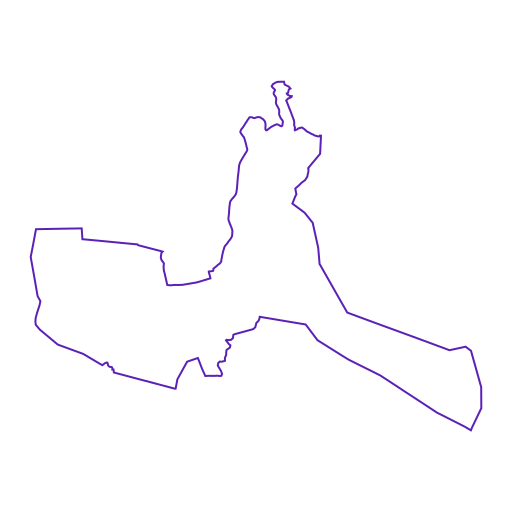 Al Mashannah, Ibb, Yemen (Mercator projection)
{"feature_id": "15242507B63315911635783", "entity_name": "Al Mashannah", "entity_type": "district", "adm_level": 2, "iso_a3": "YEM", "parent_name": "Yemen", "parent_adm1": "Ibb", "projection": "mercator", "projection_center": [44.185, 13.954], "detail": "fine", "context": "isolated", "style": "outline", "palette": "violet", "viewbox_px": 512, "rotation_deg": 0, "n_neighbors": 0, "source": "geoboundaries", "source_scale": "gbopen_adm2", "svg_char_len": 5784}
<svg xmlns="http://www.w3.org/2000/svg" viewBox="0 0 512 512"><path d="M37.6,296.1L40.4,301.2L39.5,305.4L37.0,313.1L35.6,318.3L35.4,321.9L35.8,324.8L39.8,329.6L57.8,344.6L83.2,353.9L99.9,363.8L102.4,365.2L104.4,363.6L105.3,363.0L107.0,362.5L107.4,362.7L107.6,363.1L107.7,363.6L107.8,364.1L108.1,365.3L108.4,365.8L109.4,366.7L110.0,366.9L111.3,367.0L111.9,367.2L112.4,368.2L112.3,369.5L113.5,369.5L113.9,372.5L130.8,377.0L174.9,388.7L175.6,388.7L177.4,379.3L187.1,361.7L197.9,358.0L202.0,368.6L205.3,376.0L208.6,375.8L214.1,375.9L217.3,375.7L219.7,376.0L221.3,375.8L222.1,374.0L221.0,371.0L217.8,365.6L218.2,363.0L219.7,361.6L221.9,361.7L225.0,360.8L224.9,357.8L226.2,354.9L226.2,352.1L226.6,349.9L229.9,347.6L230.4,345.3L228.6,343.8L227.3,342.0L226.0,340.3L226.5,339.8L228.8,340.1L231.0,339.8L232.9,338.2L233.4,334.7L235.4,334.0L243.1,331.9L253.3,329.1L255.3,327.2L256.4,322.9L258.4,321.0L259.4,318.8L259.7,316.8L305.7,324.5L317.5,340.2L343.0,356.2L348.9,359.8L377.2,373.9L380.2,375.4L393.2,383.9L399.3,387.9L404.9,391.6L420.2,401.6L437.1,412.7L464.6,426.6L470.9,430.3L471.9,427.8L481.3,408.2L481.2,387.2L471.0,350.8L465.6,346.7L449.5,350.2L426.3,341.6L399.6,331.8L380.1,324.7L347.3,312.6L342.7,304.6L320.3,265.2L319.6,264.1L318.2,247.8L312.7,222.8L304.6,212.7L292.4,203.6L295.3,196.3L296.4,194.4L295.3,188.6L296.3,187.6L298.6,185.7L301.5,182.8L302.3,182.2L305.1,180.1L305.8,179.0L307.2,176.9L307.5,175.8L307.8,173.8L308.2,172.8L308.4,171.0L308.5,169.0L308.1,168.2L313.5,161.7L320.1,153.8L321.0,135.7L320.7,135.7L320.1,135.6L319.8,135.6L319.6,135.8L319.5,136.2L319.3,136.3L318.7,136.5L317.8,136.4L317.2,136.2L316.4,135.9L315.8,135.8L315.1,135.6L314.4,135.4L314.0,135.1L313.5,134.8L312.9,134.4L312.2,134.2L311.4,133.9L310.9,133.6L309.8,132.9L308.0,132.0L307.3,131.7L306.6,131.2L305.9,130.6L305.6,130.3L305.2,129.8L304.7,129.5L304.4,129.2L304.1,129.0L303.7,128.7L303.0,128.2L302.6,127.8L302.4,127.7L302.1,127.6L301.7,127.6L301.4,127.6L301.0,127.6L300.8,127.7L300.5,127.9L300.0,128.0L299.7,128.1L299.3,128.1L298.9,128.2L298.4,128.4L298.1,128.6L297.8,128.8L297.6,129.1L297.4,129.3L297.2,129.4L296.7,129.6L296.3,129.7L295.7,129.9L295.2,130.2L294.9,130.3L294.7,129.7L295.0,127.6L294.4,126.0L294.1,124.9L294.1,124.2L294.3,123.4L294.3,123.1L294.2,122.4L294.0,120.9L293.8,119.8L293.5,119.4L293.1,118.1L291.8,114.7L290.7,111.6L289.6,109.0L287.4,103.3L286.2,100.4L288.4,98.3L289.2,98.2L290.2,97.7L291.3,97.1L291.7,96.6L291.8,96.1L291.0,96.1L289.8,96.0L289.5,95.7L287.5,94.7L287.1,94.1L286.8,93.5L287.8,93.2L288.4,91.4L288.6,90.2L289.1,89.2L290.4,88.6L288.9,86.7L284.9,84.7L284.6,84.5L284.0,81.7L278.0,81.8L275.9,82.4L272.9,84.2L271.7,86.3L272.4,87.3L273.4,88.3L274.1,88.8L274.6,89.4L275.0,89.9L275.0,90.3L274.8,90.8L274.4,91.4L274.0,92.0L273.8,92.4L273.7,92.9L273.7,93.5L273.8,94.1L274.0,94.6L274.7,95.5L275.0,96.0L275.6,96.8L275.9,97.3L276.0,97.8L276.2,98.4L276.2,99.0L276.2,99.9L276.0,101.2L275.9,102.0L275.9,103.0L276.1,103.5L276.2,104.0L276.6,104.9L277.4,106.3L278.2,107.8L278.9,109.2L279.2,110.1L279.2,110.8L279.2,112.3L279.1,113.8L279.2,114.7L279.5,115.5L280.2,117.0L280.6,117.8L281.3,119.0L281.7,119.4L282.0,119.8L282.5,120.6L282.8,121.1L282.9,121.5L282.8,122.3L282.6,123.9L282.4,125.2L282.3,125.5L282.1,125.8L281.9,126.0L281.7,126.2L281.4,126.2L281.1,126.2L280.6,126.1L280.2,125.8L278.7,125.0L278.1,124.6L277.2,124.4L276.5,124.4L275.9,124.6L274.5,125.2L273.3,125.8L272.3,126.3L271.1,127.0L270.1,127.7L268.7,128.8L267.8,129.5L266.8,130.3L266.3,130.3L265.9,130.1L265.7,129.8L265.5,129.5L265.5,129.1L265.4,128.4L265.4,127.6L265.5,126.3L265.5,124.1L265.2,122.5L264.9,121.6L264.5,120.8L263.4,119.6L262.7,118.9L261.9,118.5L261.0,117.9L260.3,117.4L259.5,117.1L257.7,117.1L256.7,117.3L255.4,117.8L254.9,117.9L254.3,118.1L254.0,118.1L253.6,118.0L253.1,117.8L252.5,117.5L252.1,117.4L251.5,117.3L250.9,117.2L250.3,117.2L249.9,117.2L249.5,117.4L249.0,117.9L248.5,118.9L247.8,119.7L247.1,120.9L246.0,122.5L245.1,123.9L244.0,125.7L243.1,127.0L242.5,127.9L241.7,128.8L240.8,130.2L240.6,131.0L240.3,131.8L240.4,132.2L240.6,132.6L240.9,133.3L241.2,133.7L243.0,136.2L244.0,137.3L244.5,138.9L245.2,141.2L245.5,142.2L246.1,144.5L246.3,145.3L246.4,146.1L246.8,147.5L247.3,149.3L247.1,150.5L246.5,151.7L245.2,153.7L243.0,157.3L241.9,159.2L240.5,161.6L239.7,163.4L239.5,164.3L239.1,165.5L239.0,166.3L239.0,167.1L238.9,167.6L238.6,171.1L238.1,175.1L237.8,177.9L237.6,180.2L237.3,184.2L236.9,188.5L236.9,189.0L236.5,191.2L236.4,192.5L236.0,193.5L235.9,194.0L235.4,194.9L234.6,196.0L233.2,197.7L232.0,199.0L231.4,199.9L230.8,200.7L230.3,201.4L229.9,203.0L229.8,204.2L229.5,206.5L229.4,207.2L229.4,207.3L229.3,208.6L229.1,211.3L229.0,212.9L228.9,214.3L228.9,214.7L228.8,214.9L228.5,217.6L228.4,219.0L228.6,220.1L228.8,220.9L229.0,221.3L229.9,223.8L230.0,224.2L230.3,224.6L230.6,225.5L230.9,226.3L231.3,227.1L231.6,228.0L232.1,229.5L232.2,230.0L232.4,230.8L232.4,231.5L232.4,231.8L232.2,233.2L232.3,234.3L232.1,235.4L231.9,236.5L231.3,237.6L230.4,239.1L228.7,241.2L227.4,243.1L226.4,244.4L225.8,245.1L225.1,245.8L224.6,246.7L224.1,248.0L223.9,248.9L223.8,249.2L223.8,249.3L223.0,251.6L222.8,252.9L222.4,254.5L222.1,255.8L221.9,257.3L221.5,259.3L221.4,259.7L221.3,260.3L221.3,260.7L221.2,261.6L220.6,262.5L219.7,263.6L218.1,264.7L216.4,266.3L214.7,267.6L214.3,267.9L213.4,268.7L213.3,270.3L212.9,271.0L208.8,271.5L208.9,272.7L210.0,276.2L210.4,278.3L196.9,282.4L195.7,282.6L182.7,284.8L177.9,285.0L175.3,284.9L170.2,285.3L167.3,285.0L164.3,271.9L164.0,271.3L163.7,268.8L163.6,266.4L163.9,263.4L162.9,261.8L161.7,260.4L160.8,257.9L161.1,254.9L161.4,253.0L162.6,251.6L160.1,250.9L143.1,246.5L138.1,245.2L137.5,244.4L126.7,243.4L115.3,242.3L108.2,241.6L104.0,241.2L87.9,239.7L82.4,239.2L81.7,228.4L62.4,228.7L36.0,229.2L33.0,245.2L30.7,257.0L34.6,278.8L37.6,296.1Z" fill="none" stroke="#5b21b6" stroke-width="2"/></svg>